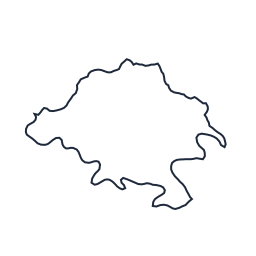 Abdon Batista, Santa Catarina, Brazil, rotated 14°
{"feature_id": "56859067B29190973569639", "entity_name": "Abdon Batista", "entity_type": "district", "adm_level": 2, "iso_a3": "BRA", "parent_name": "Brazil", "parent_adm1": "Santa Catarina", "projection": "mercator", "projection_center": [-51.047, -27.584], "detail": "fine", "context": "isolated", "style": "outline", "palette": "slate", "viewbox_px": 256, "rotation_deg": 14, "n_neighbors": 0, "source": "geoboundaries", "source_scale": "gbopen_adm2", "svg_char_len": 2706}
<svg xmlns="http://www.w3.org/2000/svg" viewBox="0 0 256 256"><g transform="rotate(14 128 128)"><path d="M205.0,103.0L203.3,101.4L201.6,98.8L199.2,96.8L200.6,93.3L201.0,90.6L200.2,87.9L197.6,85.1L195.0,85.9L192.2,84.7L189.8,83.7L187.3,82.5L185.1,81.9L182.0,84.2L179.6,84.2L176.5,83.4L174.1,81.9L171.9,82.2L169.5,81.9L167.2,82.1L164.3,82.3L160.6,81.4L158.1,79.1L156.8,76.8L154.4,76.1L152.1,73.5L150.6,69.7L149.1,66.8L147.0,65.3L145.6,63.2L143.5,60.3L141.3,58.3L138.4,60.0L135.2,60.9L132.9,62.3L129.8,63.5L126.3,63.0L124.0,63.6L120.3,63.4L118.0,65.3L115.7,63.1L113.3,61.9L110.1,61.6L107.8,65.1L106.3,67.2L105.5,70.4L105.0,73.0L103.0,74.5L100.6,75.9L97.9,78.1L94.8,78.9L91.7,78.6L88.0,78.2L84.8,78.6L81.6,79.9L78.3,82.2L76.8,84.6L76.4,87.9L73.6,89.7L70.4,92.2L69.4,95.4L68.1,98.7L69.3,102.4L68.9,106.8L66.7,109.8L65.5,113.3L63.7,117.7L62.9,121.1L60.9,124.1L57.9,126.3L54.3,128.3L51.3,129.7L47.8,130.3L44.7,128.8L41.7,128.9L40.3,131.4L39.4,133.9L37.8,136.9L33.9,137.0L36.1,139.5L36.3,142.2L35.0,145.0L32.1,147.7L30.1,149.8L29.3,153.5L29.9,156.7L31.4,158.9L34.3,160.1L37.7,161.4L40.9,163.0L43.9,164.7L47.6,165.2L51.6,164.4L54.0,163.0L55.6,161.1L57.9,157.9L60.6,155.1L63.8,154.1L66.5,155.6L68.5,159.9L70.4,161.8L72.7,162.8L74.8,162.3L77.2,161.1L79.6,160.6L83.5,161.3L85.8,163.2L87.7,165.8L89.6,168.5L91.5,170.4L94.6,171.7L98.7,171.2L101.0,169.9L102.9,168.7L105.2,167.8L107.6,167.8L109.7,170.2L110.2,174.8L109.0,177.3L107.6,179.4L106.6,181.8L105.5,185.5L105.8,189.9L109.4,191.1L112.0,189.7L114.0,187.8L116.2,185.6L118.1,183.8L120.3,182.9L122.6,182.7L125.8,183.7L128.5,185.2L131.8,187.4L134.7,188.5L137.4,188.9L139.8,187.1L137.9,184.4L135.0,182.7L133.7,180.0L135.4,177.6L139.9,178.0L144.8,178.8L148.0,179.3L151.4,179.9L154.7,179.4L156.9,178.5L159.7,177.0L162.8,176.7L165.9,177.1L169.1,176.5L173.6,176.4L176.4,177.1L178.8,179.4L178.8,182.3L176.7,184.8L174.6,186.8L172.9,188.6L171.3,190.6L170.4,193.6L170.9,197.7L174.5,197.3L178.0,195.0L181.3,193.8L184.8,193.6L188.1,194.4L190.8,195.2L193.6,195.1L197.1,193.0L199.8,190.7L202.4,188.9L205.0,184.4L207.2,181.5L204.8,179.9L202.7,177.5L200.3,175.0L197.7,171.7L194.6,169.2L191.5,167.6L189.0,165.8L185.2,163.5L181.8,160.4L179.9,157.7L179.1,154.6L179.2,151.3L180.8,149.0L183.0,147.2L185.7,146.1L188.7,145.2L191.5,144.3L194.3,143.6L196.7,143.0L199.2,142.0L201.7,140.7L204.4,140.5L208.2,140.2L209.4,136.8L208.4,133.4L207.0,131.0L204.2,129.5L201.5,128.1L198.6,125.1L196.7,120.8L197.9,117.4L200.8,115.7L203.8,115.4L206.8,115.2L210.0,115.2L213.4,115.7L216.6,116.7L219.9,118.9L222.4,122.0L226.3,123.2L226.7,120.1L225.2,117.1L224.0,114.9L222.1,113.0L219.4,111.5L216.0,110.4L212.8,109.0L210.0,107.5L206.5,106.2L205.0,103.0Z" fill="none" stroke="#1e293b" stroke-width="2"/></g></svg>